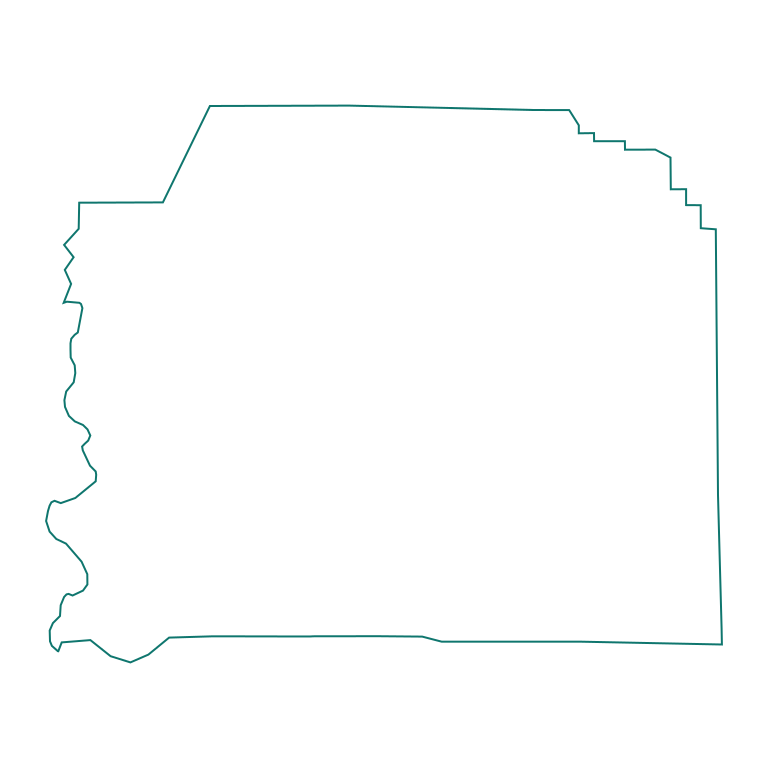 the district of Vernon, Louisiana, United States of America
{"feature_id": "52423323B35564374613878", "entity_name": "Vernon", "entity_type": "district", "adm_level": 2, "iso_a3": "USA", "parent_name": "United States of America", "parent_adm1": "Louisiana", "projection": "natural_earth1", "projection_center": [-93.381, 31.112], "detail": "fine", "context": "isolated", "style": "outline", "palette": "teal", "viewbox_px": 768, "rotation_deg": 0, "n_neighbors": 0, "source": "geoboundaries", "source_scale": "gbopen_adm2", "svg_char_len": 1250}
<svg xmlns="http://www.w3.org/2000/svg" viewBox="0 0 768 768"><path d="M721.6,628.6L718.0,495.1L715.8,229.3L700.8,228.2L700.7,205.2L686.1,205.1L686.1,189.2L670.8,189.3L670.5,157.6L655.3,149.6L625.0,149.7L624.9,141.2L594.1,141.2L594.0,133.1L578.8,133.3L578.8,125.3L569.2,110.1L532.9,110.0L349.1,105.6L209.9,106.0L162.9,202.4L79.2,202.7L78.7,228.8L64.1,244.9L73.6,257.2L64.8,269.9L71.1,283.9L63.7,302.8L66.9,301.7L79.4,302.8L81.0,304.0L82.4,308.1L77.8,332.5L74.7,334.8L71.3,338.7L70.5,343.3L70.5,349.6L70.7,357.6L74.7,365.3L75.3,373.1L73.7,382.3L66.2,391.5L64.4,400.2L65.0,406.9L68.9,415.9L74.8,421.4L83.0,425.0L87.5,429.4L90.3,435.5L88.2,440.6L84.6,443.9L82.1,446.5L82.8,450.4L90.0,465.7L95.7,471.5L96.2,474.8L95.7,481.3L75.3,498.0L60.8,503.1L54.5,500.8L51.4,502.3L49.6,505.7L48.0,511.0L46.1,521.0L49.6,531.6L56.3,539.0L66.0,543.6L81.6,561.7L87.3,574.2L87.4,584.5L83.0,590.6L72.6,595.5L70.3,594.6L68.6,593.9L66.5,594.4L64.1,597.0L60.7,605.2L60.0,616.0L52.9,623.1L49.7,630.5L50.0,641.3L51.9,645.9L58.0,651.3L58.0,652.0L61.7,642.4L90.4,640.1L110.6,656.2L130.4,662.4L148.4,654.6L169.1,637.6L213.2,636.3L309.5,636.5L313.2,636.3L377.4,636.2L422.2,636.6L441.8,641.7L582.0,641.7L721.9,644.5L721.6,628.6Z" fill="none" stroke="#0f766e" stroke-width="2"/></svg>